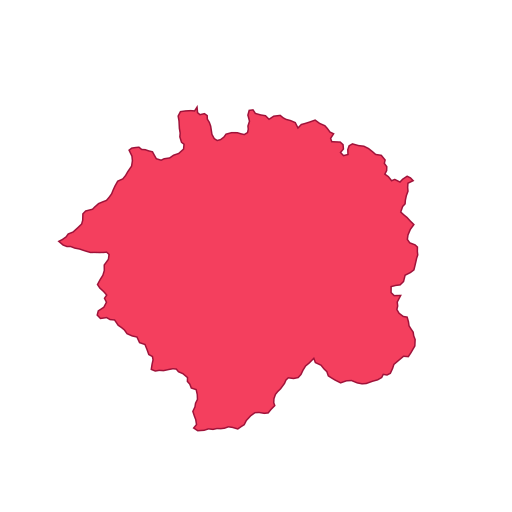 outline of Pilar do Sul, São Paulo, Brazil, rotated 246°
{"feature_id": "56859067B92948515597814", "entity_name": "Pilar do Sul", "entity_type": "district", "adm_level": 2, "iso_a3": "BRA", "parent_name": "Brazil", "parent_adm1": "São Paulo", "projection": "orthographic", "projection_center": [-47.722, -23.858], "detail": "fine", "context": "isolated", "style": "filled", "palette": "rose", "viewbox_px": 512, "rotation_deg": 246, "n_neighbors": 0, "source": "geoboundaries", "source_scale": "gbopen_adm2", "svg_char_len": 3768}
<svg xmlns="http://www.w3.org/2000/svg" viewBox="0 0 512 512"><g transform="rotate(246 256 256)"><path d="M105.4,169.0L106.2,173.1L106.7,176.6L109.7,180.3L112.2,186.1L113.3,191.3L111.8,195.2L108.9,199.6L107.7,203.3L109.7,207.2L111.7,212.3L114.7,212.5L118.3,214.3L121.7,217.5L123.3,220.6L124.7,224.4L128.0,230.2L130.5,232.9L131.6,236.0L128.8,240.5L127.8,245.1L129.5,248.9L132.6,252.5L135.4,256.6L136.6,261.0L139.0,267.2L134.5,266.9L129.8,271.0L125.2,272.2L121.5,273.7L117.1,273.3L113.9,275.4L110.6,277.7L105.7,281.7L105.2,287.9L103.4,292.6L98.9,296.9L96.1,300.9L94.7,304.8L94.2,311.5L93.4,316.8L93.9,321.4L96.1,324.1L94.0,327.3L94.2,331.0L97.7,335.0L100.9,337.9L102.6,343.7L104.4,350.0L102.1,354.2L104.5,358.0L109.2,364.5L115.0,367.4L118.9,367.6L122.5,368.6L126.4,367.9L130.0,367.4L133.8,368.5L138.7,369.2L140.9,365.9L145.5,363.4L149.8,362.9L152.7,365.1L156.5,366.3L161.1,372.1L163.6,366.1L167.6,364.5L173.1,367.0L172.3,371.7L171.0,375.9L172.7,380.4L177.8,384.4L178.1,390.4L179.1,394.6L182.3,397.1L186.0,399.9L188.6,401.8L191.2,404.2L194.4,405.2L198.5,407.1L201.5,405.8L205.5,401.8L209.6,401.0L213.4,403.4L217.6,407.9L220.5,413.0L225.6,411.0L229.6,409.7L233.6,407.7L237.3,406.1L241.6,410.1L243.0,413.4L246.3,415.2L250.0,417.9L253.4,421.2L256.9,422.4L260.7,424.4L260.9,430.2L264.5,428.9L267.4,426.5L266.5,421.2L265.0,417.6L269.5,413.9L269.6,410.5L274.6,409.2L278.4,407.0L280.9,410.1L284.4,411.8L288.4,410.9L291.2,413.0L297.0,411.4L300.1,406.6L303.8,404.9L308.4,402.5L312.4,399.2L315.2,394.5L319.2,389.7L318.8,385.9L315.8,383.1L311.3,381.3L312.1,376.8L316.2,375.3L318.2,379.4L322.3,380.8L325.8,379.3L329.6,371.7L333.1,372.0L336.1,376.6L339.1,374.0L343.6,373.0L347.0,371.9L351.3,368.0L356.1,365.3L356.6,359.1L357.1,354.7L357.7,350.9L355.9,346.4L361.9,346.1L365.6,342.7L368.7,338.9L371.2,337.0L374.6,335.3L376.5,329.1L375.6,323.5L380.3,321.7L383.0,317.6L386.5,313.4L390.7,312.7L391.8,309.0L388.0,305.9L381.8,304.9L378.0,301.5L375.0,300.5L372.2,298.5L371.7,294.7L373.7,292.0L376.2,289.1L378.6,283.9L379.5,278.2L377.7,275.1L376.7,271.0L377.3,267.5L380.2,265.6L385.0,265.2L393.1,267.4L397.1,267.7L400.8,267.2L404.1,268.5L407.0,266.8L407.9,262.3L410.7,260.9L416.0,262.7L413.5,258.9L415.3,255.6L417.2,250.6L418.6,245.7L415.5,241.8L410.7,240.6L403.7,237.9L399.1,236.7L395.8,234.9L390.2,234.2L387.4,235.7L383.1,233.3L381.1,227.1L381.6,221.7L380.7,217.0L382.2,211.6L382.1,208.3L385.4,204.5L389.4,204.1L393.3,203.8L395.7,200.7L398.2,198.0L399.8,194.9L403.0,193.3L404.1,190.0L405.1,186.4L404.3,183.1L397.7,183.3L393.2,181.8L388.7,178.9L385.2,173.2L382.5,169.5L380.6,165.7L380.6,160.1L377.3,155.7L374.5,152.5L371.5,149.4L369.4,145.8L367.6,142.0L367.8,138.2L367.9,133.5L366.4,128.7L365.2,125.7L366.4,118.7L364.9,115.0L359.1,112.2L356.1,109.7L354.3,104.7L352.3,98.6L352.5,93.4L350.7,90.3L349.8,85.8L349.6,81.8L344.5,84.2L341.5,87.2L340.1,90.5L336.9,93.7L334.2,97.6L331.5,100.5L329.1,103.2L326.5,106.3L325.1,109.7L323.2,113.7L321.3,118.0L320.3,121.1L317.2,122.4L313.0,119.8L309.5,113.7L304.4,111.5L300.7,108.3L297.8,104.0L294.4,99.6L290.2,100.3L285.4,102.4L281.0,103.7L279.0,100.4L274.6,100.6L271.1,96.2L270.0,89.6L266.6,86.9L262.2,88.5L260.5,94.5L257.3,96.8L255.1,100.8L248.8,101.9L245.4,104.0L242.0,105.7L237.5,106.6L233.3,110.4L230.4,114.3L224.2,114.4L220.3,118.6L214.9,118.4L209.6,118.0L206.3,120.5L203.0,119.7L199.5,117.1L195.0,114.2L191.9,117.2L190.9,121.1L188.9,124.9L187.7,130.6L186.8,134.3L185.1,137.2L181.8,138.1L178.2,141.4L172.8,144.0L169.3,142.3L165.9,143.4L161.7,143.2L158.3,147.0L153.3,146.0L148.8,144.2L146.1,140.9L143.0,138.9L139.7,135.1L134.7,134.6L131.0,134.4L126.2,133.1L124.2,129.1L120.1,131.7L117.9,137.7L117.4,142.3L115.1,146.2L114.3,150.1L112.6,153.6L111.5,157.2L111.2,161.3L109.0,164.8L105.4,169.0Z" fill="#f43f5e" stroke="#9f1239" stroke-width="1.5"/></g></svg>